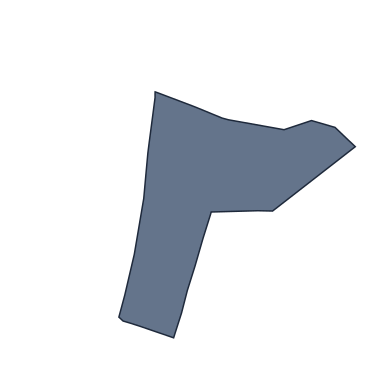 Paulis, Arad, Romania (Natural Earth projection), rotated 311°
{"feature_id": "2599482B19247594544458", "entity_name": "Paulis", "entity_type": "district", "adm_level": 2, "iso_a3": "ROU", "parent_name": "Romania", "parent_adm1": "Arad", "projection": "natural_earth1", "projection_center": [21.5, 46.27], "detail": "fine", "context": "isolated", "style": "filled", "palette": "slate", "viewbox_px": 384, "rotation_deg": 311, "n_neighbors": 0, "source": "geoboundaries", "source_scale": "gbopen_adm2", "svg_char_len": 675}
<svg xmlns="http://www.w3.org/2000/svg" viewBox="0 0 384 384"><g transform="rotate(311 192 192)"><path d="M333.3,285.5L333.5,281.8L333.7,276.0L334.6,257.5L333.5,255.2L324.3,235.3L299.4,220.6L270.4,172.1L267.5,166.1L258.2,138.5L244.5,101.3L243.6,99.0L243.4,98.5L242.7,99.0L241.4,100.1L240.6,100.8L239.7,101.6L239.0,102.2L225.6,111.1L209.6,121.7L200.4,127.8L192.5,133.1L175.7,145.2L155.5,159.8L107.0,189.4L70.1,208.9L49.6,218.9L49.4,224.6L52.4,231.2L56.4,240.5L61.3,252.6L69.9,273.8L74.7,271.7L93.8,263.5L114.6,253.1L138.0,242.9L161.7,231.9L164.3,230.7L187.0,220.8L189.5,219.6L221.1,254.0L230.5,265.3L333.3,285.5Z" fill="#64748b" stroke="#1e293b" stroke-width="1.5"/></g></svg>